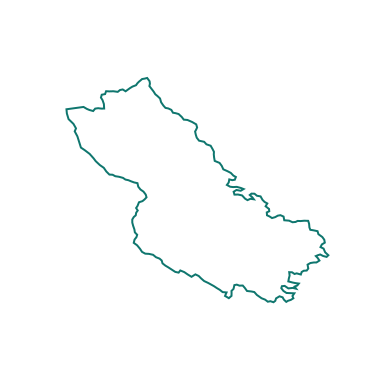 Córrego do Ouro, Goiás, Brazil, rotated 299°
{"feature_id": "56859067B22352595900179", "entity_name": "Córrego do Ouro", "entity_type": "district", "adm_level": 2, "iso_a3": "BRA", "parent_name": "Brazil", "parent_adm1": "Goiás", "projection": "equal_earth", "projection_center": [-50.579, -16.362], "detail": "fine", "context": "isolated", "style": "outline", "palette": "teal", "viewbox_px": 384, "rotation_deg": 299, "n_neighbors": 0, "source": "geoboundaries", "source_scale": "gbopen_adm2", "svg_char_len": 3472}
<svg xmlns="http://www.w3.org/2000/svg" viewBox="0 0 384 384"><g transform="rotate(299 192 192)"><path d="M202.8,341.9L203.8,337.7L206.3,334.5L206.1,331.1L209.1,331.0L212.1,332.7L214.4,330.8L215.8,327.8L216.4,323.0L218.6,320.8L217.4,316.9L216.3,313.8L217.9,311.9L221.0,309.8L223.1,307.6L221.3,304.1L219.2,301.0L217.9,298.4L216.0,297.1L214.3,294.6L214.0,290.8L212.0,286.4L214.9,284.0L214.6,280.6L212.9,278.5L210.3,276.9L208.0,274.6L208.2,271.7L208.0,268.9L210.4,267.3L212.6,268.9L214.5,267.6L215.2,263.3L218.5,263.4L218.5,260.3L219.3,257.5L221.4,254.1L220.2,250.6L220.8,247.5L219.4,244.8L217.4,244.0L216.6,247.3L215.6,249.6L214.4,246.4L211.8,244.5L211.9,241.7L213.3,237.5L212.1,233.5L210.3,230.4L212.4,228.3L215.3,229.9L216.7,234.0L219.6,235.7L219.2,232.7L218.2,228.7L216.2,225.5L215.1,222.8L215.1,219.1L218.1,219.5L221.1,218.5L221.9,221.5L223.5,223.5L226.4,223.1L226.4,220.3L227.5,216.7L227.4,212.8L227.0,208.4L229.3,205.3L230.8,202.0L230.2,196.8L232.9,194.6L235.5,192.8L237.8,191.7L239.5,189.2L241.5,185.9L240.7,181.5L241.8,178.3L240.3,173.3L241.8,169.8L244.0,167.5L246.4,165.4L248.3,165.4L250.9,165.2L253.2,162.9L253.3,158.3L252.8,153.1L251.3,149.7L252.6,146.8L253.7,142.5L253.0,139.5L252.1,136.9L253.8,134.1L253.6,130.8L252.7,128.0L253.7,125.1L255.5,121.5L258.3,118.7L259.2,115.2L259.7,112.5L261.2,109.8L262.6,106.6L264.0,103.4L266.3,102.7L268.3,101.2L270.0,97.5L268.2,95.6L266.6,93.6L264.7,92.9L262.7,92.1L260.5,91.5L258.3,91.3L255.3,88.8L252.6,87.3L247.9,85.1L248.1,81.7L246.3,79.6L243.6,78.5L242.0,74.4L239.9,70.9L238.5,68.0L235.5,68.5L233.3,65.9L230.4,66.6L229.0,69.2L226.2,72.3L222.4,74.7L221.0,72.3L219.8,69.3L218.0,66.9L214.9,66.3L214.0,62.5L213.7,59.7L213.8,55.9L203.5,42.1L200.0,44.5L195.9,48.7L194.1,55.3L191.4,59.7L188.2,60.0L185.1,64.8L177.0,73.3L176.6,77.7L175.7,84.0L173.7,89.7L172.3,92.8L170.9,98.3L170.4,103.1L168.4,107.1L167.2,111.3L168.6,114.2L168.6,117.2L169.9,120.7L170.9,124.8L170.6,127.7L171.5,130.7L171.8,133.5L172.3,136.7L173.3,140.0L170.6,142.4L169.2,145.7L168.8,149.4L167.3,152.8L165.3,154.8L162.5,154.1L160.0,153.1L157.3,150.6L153.4,151.1L150.9,150.9L149.5,153.5L146.9,153.2L144.3,154.1L141.9,153.2L139.0,153.1L136.3,154.6L133.9,156.9L131.4,159.7L129.0,161.6L128.0,164.8L125.5,165.3L122.6,164.8L119.3,165.7L118.8,169.8L117.1,174.1L115.4,177.3L115.4,181.0L117.0,184.3L118.2,188.4L117.5,192.1L118.0,195.9L117.4,198.7L115.3,200.8L114.7,204.4L114.6,207.8L114.3,212.0L114.0,216.1L115.0,219.4L117.7,219.8L118.2,224.1L117.8,228.1L117.6,232.7L121.6,234.9L121.8,238.6L120.8,242.0L120.0,245.8L120.3,250.3L120.3,256.8L120.0,260.5L119.9,263.7L119.3,267.3L120.9,270.9L117.1,271.3L117.0,275.7L120.3,276.9L122.8,275.6L124.6,274.5L127.4,275.3L131.1,274.2L132.7,276.1L133.1,278.9L134.8,281.7L133.8,284.5L132.1,288.1L133.8,292.2L134.7,295.0L133.4,298.7L132.8,304.4L133.3,308.1L132.8,311.5L134.5,313.5L135.1,316.7L137.2,317.6L139.7,317.1L143.2,319.1L143.8,322.3L142.4,324.6L141.6,327.7L143.4,328.7L145.5,330.7L148.2,332.2L149.7,330.3L153.0,330.6L151.4,327.4L149.5,323.6L149.8,319.9L151.2,316.7L153.2,316.3L154.8,318.6L154.4,323.0L157.0,326.7L157.9,330.0L159.0,327.6L161.3,329.4L163.7,329.8L162.5,326.7L161.6,323.9L160.5,319.6L163.4,318.6L166.2,317.9L169.0,315.9L170.3,318.5L170.0,321.4L171.6,323.0L172.6,327.2L175.2,326.7L177.3,327.9L178.9,330.4L181.4,330.8L184.5,328.3L187.3,330.0L189.4,332.7L190.7,335.0L193.8,336.7L195.2,334.0L196.0,331.4L197.7,332.7L199.5,334.4L199.6,337.7L200.5,341.2L202.8,341.9Z" fill="none" stroke="#0f766e" stroke-width="2"/></g></svg>